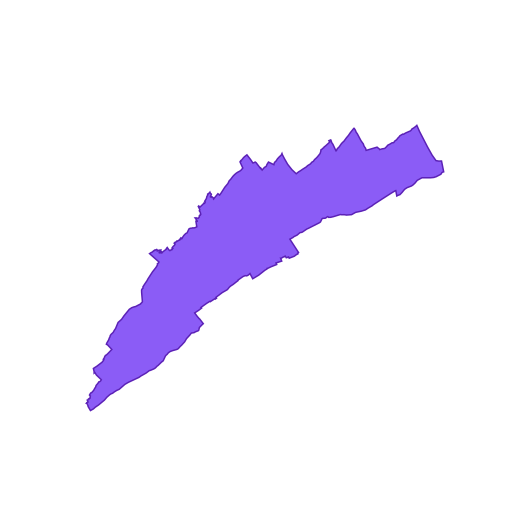 the district of Huruiesti, Bacau, Romania, rotated 253°
{"feature_id": "2599482B81249023924976", "entity_name": "Huruiesti", "entity_type": "district", "adm_level": 2, "iso_a3": "ROU", "parent_name": "Romania", "parent_adm1": "Bacau", "projection": "albers", "projection_center": [27.233, 46.261], "detail": "fine", "context": "isolated", "style": "filled", "palette": "violet", "viewbox_px": 512, "rotation_deg": 253, "n_neighbors": 0, "source": "geoboundaries", "source_scale": "gbopen_adm2", "svg_char_len": 6090}
<svg xmlns="http://www.w3.org/2000/svg" viewBox="0 0 512 512"><g transform="rotate(253 256 256)"><path d="M333.9,448.0L333.2,446.6L332.2,443.8L332.0,442.5L330.9,441.1L330.5,440.3L329.9,435.1L329.3,432.6L329.7,432.0L328.9,428.7L328.1,427.7L327.2,426.0L326.1,424.5L325.3,422.2L324.2,420.9L324.2,420.1L324.5,419.3L323.9,417.0L323.4,414.3L322.4,412.9L321.3,410.7L321.3,410.0L321.6,407.9L321.6,405.4L322.2,405.3L324.7,403.6L324.8,392.2L326.9,392.3L328.6,391.7L330.1,391.4L331.7,391.4L335.6,390.1L343.4,388.6L345.0,388.0L347.4,387.8L349.1,387.3L349.5,387.1L349.5,386.9L346.4,382.3L344.3,379.7L342.7,377.2L339.9,373.4L339.7,372.8L338.6,370.7L336.0,367.4L334.9,365.2L333.2,363.6L333.2,363.2L340.4,362.2L342.2,361.6L345.1,361.5L345.2,361.4L345.0,359.5L343.9,359.9L343.7,359.5L343.3,359.6L340.9,354.6L340.4,353.1L339.7,352.3L339.6,351.7L339.0,350.6L338.5,349.1L337.2,348.6L335.2,347.2L332.9,343.8L332.0,342.2L331.1,340.2L329.8,338.6L329.3,336.6L328.2,335.1L327.3,331.7L326.5,330.2L325.3,325.8L324.6,323.7L324.0,321.3L322.9,318.5L328.0,315.6L334.4,313.1L340.5,311.7L345.4,310.8L346.4,310.8L345.0,309.5L344.2,307.6L342.7,305.0L341.0,303.0L340.2,301.3L339.5,300.6L338.1,299.8L342.2,295.4L340.3,293.2L339.0,292.2L338.6,291.6L338.3,290.0L336.4,287.0L338.6,286.3L338.3,286.0L338.5,285.9L345.2,283.4L346.1,282.7L345.8,280.9L345.9,280.2L349.9,279.0L355.4,276.9L354.4,274.2L353.7,272.8L352.3,270.8L351.6,269.2L351.1,269.3L350.7,268.2L344.0,269.1L342.5,266.9L341.9,265.3L341.5,263.1L341.0,261.4L340.1,259.3L339.0,257.3L336.7,254.1L335.8,252.4L333.5,250.3L330.9,246.3L326.3,240.9L324.9,239.0L326.7,237.8L323.6,233.1L322.8,232.1L323.1,232.0L323.9,232.4L324.7,231.7L325.3,231.4L325.8,230.8L325.3,230.3L325.9,229.7L327.0,230.4L327.8,231.3L328.7,231.2L329.2,230.7L330.5,230.6L330.1,230.1L329.8,229.2L329.3,228.6L329.4,227.9L328.1,227.4L327.4,226.5L325.5,225.4L323.3,222.9L322.5,223.3L321.4,222.2L321.9,221.7L321.1,220.6L319.2,216.8L320.0,216.1L320.6,215.9L320.3,215.3L316.8,215.8L316.3,215.6L315.8,215.0L314.3,215.5L312.1,215.4L312.0,214.8L311.3,214.7L310.9,213.4L309.9,213.2L308.9,211.8L309.9,210.0L310.2,208.9L307.0,210.0L306.4,209.9L306.8,208.7L301.2,207.9L300.9,205.9L301.0,204.7L301.4,203.9L301.4,202.7L301.7,201.6L301.7,200.6L301.5,199.8L298.3,196.9L298.0,195.3L296.8,193.1L295.3,191.2L294.3,190.3L294.2,190.1L295.3,189.5L295.1,189.2L294.8,189.3L293.7,188.1L293.6,187.8L294.1,187.7L293.7,187.1L293.1,185.0L293.5,184.8L293.5,184.6L292.6,183.3L292.8,182.7L292.2,181.5L291.2,182.1L290.8,181.9L289.9,180.8L289.6,179.9L288.5,178.3L287.5,178.7L287.2,178.0L287.2,177.7L286.9,177.8L286.6,177.5L286.6,177.0L286.8,177.0L286.5,175.8L286.3,175.5L286.3,175.2L287.6,174.4L290.1,173.6L289.3,172.4L288.7,172.1L287.3,168.2L286.5,167.1L286.5,166.8L286.5,166.6L286.8,166.3L287.2,164.6L287.4,164.4L288.0,164.6L288.0,165.0L288.3,165.4L288.3,166.1L288.1,166.2L288.1,166.7L289.1,166.4L289.6,166.7L289.6,165.9L289.7,165.4L289.9,165.3L290.0,164.9L289.7,164.1L289.7,163.1L290.7,163.3L291.3,163.0L291.0,160.9L291.3,160.9L291.3,160.6L290.9,160.1L290.9,159.6L290.6,159.3L290.6,158.9L290.1,158.0L290.0,156.9L289.4,154.9L278.7,161.4L278.0,160.9L277.4,159.4L276.3,159.2L274.3,157.0L271.1,152.4L265.2,145.4L264.7,145.1L261.5,141.1L259.5,138.8L258.4,138.6L257.6,137.2L256.8,136.6L254.7,136.0L245.5,134.0L244.9,133.3L244.1,131.6L243.8,131.5L243.5,129.3L242.9,126.2L243.0,124.0L242.9,122.1L242.1,119.3L237.4,112.3L234.7,108.9L232.8,104.7L227.7,100.5L226.2,98.6L224.7,97.1L223.5,94.6L222.6,93.4L221.5,92.8L220.3,91.6L219.0,90.7L216.2,87.7L215.3,87.1L214.5,88.0L208.8,90.8L206.0,85.8L205.0,83.8L205.0,83.0L203.9,81.8L202.9,81.1L201.9,79.8L201.4,80.2L200.5,79.3L199.2,77.3L199.1,76.8L197.2,71.8L196.0,67.6L193.0,67.4L191.4,67.0L191.8,67.8L188.8,68.6L182.9,71.9L181.9,70.8L181.5,69.7L181.6,68.9L180.4,67.5L179.0,65.3L177.3,64.1L176.8,63.3L175.0,61.5L173.4,58.9L173.3,57.8L171.7,56.1L170.6,56.7L170.3,56.4L168.7,55.9L168.3,55.2L168.6,55.1L168.4,54.4L168.1,54.1L168.0,53.5L167.3,53.0L167.4,52.5L165.5,52.7L165.2,51.2L164.8,50.8L164.7,51.2L161.6,51.6L161.2,51.4L156.6,52.5L157.3,55.8L158.4,58.1L159.5,61.7L162.5,68.9L164.5,72.0L166.1,75.5L166.5,76.8L166.7,78.8L167.5,80.9L168.2,83.6L168.5,86.2L171.6,93.1L172.5,97.0L174.2,108.8L174.9,110.8L176.2,116.7L177.6,120.5L177.5,121.5L177.9,125.4L178.4,127.1L179.7,129.4L179.9,130.2L182.1,134.5L182.9,136.6L186.9,140.2L187.5,141.2L187.9,142.2L189.0,143.8L189.6,145.4L189.8,146.5L189.9,148.8L189.8,153.0L189.9,153.9L190.2,154.7L191.8,157.3L192.3,158.5L194.8,162.7L197.3,165.4L199.8,169.7L201.2,171.6L200.8,174.4L201.2,176.0L201.4,178.9L201.7,179.5L204.2,181.0L206.1,184.5L206.7,185.8L212.3,183.7L212.6,183.4L215.3,182.2L219.5,180.7L221.0,185.8L222.1,188.7L222.9,188.3L225.2,195.1L225.6,196.7L226.1,198.4L226.1,198.8L225.7,199.0L227.2,204.2L226.7,204.4L227.2,205.9L228.2,205.6L230.9,213.1L232.1,218.4L232.4,219.1L233.8,221.1L234.6,222.7L235.5,225.8L237.4,230.7L237.7,231.6L238.2,231.7L240.1,237.4L240.4,239.8L239.8,241.1L239.8,242.2L240.1,243.3L241.0,245.1L235.2,246.2L236.9,253.0L239.8,260.4L240.4,262.8L240.9,263.0L240.8,263.8L241.3,267.2L241.8,273.3L243.5,273.1L243.6,279.1L246.6,278.9L246.4,279.3L247.1,281.9L246.9,282.5L247.3,283.1L247.3,284.0L245.5,284.4L245.4,285.1L245.7,286.7L245.5,286.9L244.2,287.1L244.4,290.1L244.6,292.7L245.3,294.4L245.8,296.7L246.4,296.6L246.9,297.7L262.2,293.3L262.9,296.8L263.2,297.3L263.4,297.9L264.0,301.5L265.5,304.9L265.3,305.9L265.3,307.3L266.9,312.3L267.2,314.5L269.3,326.5L269.7,327.6L272.2,329.9L272.5,330.6L271.9,333.3L272.0,333.9L272.7,335.8L272.7,336.2L271.7,336.8L271.2,338.6L271.0,341.5L271.0,348.8L270.4,350.0L269.7,352.5L268.7,354.5L267.6,359.5L268.5,363.5L268.6,364.3L268.1,369.7L268.1,374.2L269.0,377.1L270.1,381.8L270.8,383.4L273.7,393.5L276.7,404.2L277.7,408.3L277.7,408.8L272.2,408.2L272.5,409.5L272.6,411.6L274.1,414.3L275.8,416.8L276.5,418.1L277.2,420.5L277.5,425.1L278.0,426.8L279.2,429.3L281.2,432.3L282.3,437.6L279.8,445.7L279.1,449.1L279.2,450.1L279.1,451.1L280.1,456.7L281.5,458.3L281.6,458.8L281.6,460.1L292.6,461.2L293.3,458.6L294.6,456.0L301.0,453.9L310.2,451.9L327.2,448.8L333.9,448.0Z" fill="#8b5cf6" stroke="#5b21b6" stroke-width="1.5"/></g></svg>